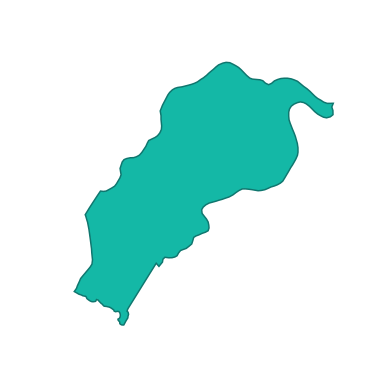 the district of Anamã, Amazonas, Brazil, rotated 122°
{"feature_id": "56859067B85259643543975", "entity_name": "Anamã", "entity_type": "district", "adm_level": 2, "iso_a3": "BRA", "parent_name": "Brazil", "parent_adm1": "Amazonas", "projection": "albers", "projection_center": [-61.675, -3.474], "detail": "fine", "context": "isolated", "style": "filled", "palette": "teal", "viewbox_px": 384, "rotation_deg": 122, "n_neighbors": 0, "source": "geoboundaries", "source_scale": "gbopen_adm2", "svg_char_len": 3253}
<svg xmlns="http://www.w3.org/2000/svg" viewBox="0 0 384 384"><g transform="rotate(122 192 192)"><path d="M333.9,202.4L333.5,201.3L333.3,200.0L333.3,198.5L333.4,197.2L333.5,195.9L334.3,194.8L334.0,193.3L332.8,192.1L332.1,190.6L332.7,189.2L333.7,188.1L334.6,187.4L335.7,186.9L336.9,186.6L338.0,186.8L339.1,187.4L339.9,186.6L340.5,184.5L341.9,183.4L342.1,182.4L341.9,180.9L340.9,179.4L339.0,179.5L337.8,179.6L336.1,179.7L335.0,179.7L333.8,179.7L332.8,179.7L331.4,180.4L329.3,181.0L327.8,182.5L327.5,183.9L326.1,184.3L324.8,184.5L284.7,184.6L271.4,184.6L272.6,180.6L267.1,179.9L264.5,181.0L261.7,180.4L260.2,177.0L258.3,174.1L256.2,172.1L254.0,170.9L250.7,171.1L247.7,170.7L245.4,169.0L242.9,167.0L239.4,165.7L236.2,164.7L233.0,165.5L229.6,166.5L227.1,165.3L224.8,163.5L221.7,161.5L219.0,159.3L216.3,157.8L213.5,158.5L211.2,160.2L208.9,162.4L207.3,165.3L206.2,168.4L204.8,172.1L201.9,174.4L198.9,174.5L195.6,173.5L192.3,171.6L187.1,166.8L184.8,164.9L182.2,162.5L179.9,160.7L176.5,157.9L172.6,155.7L169.1,154.4L165.8,152.9L162.8,151.0L161.2,148.6L159.6,145.4L158.2,142.3L155.9,136.6L154.0,134.1L151.4,131.4L148.7,129.5L145.9,127.7L143.3,125.4L140.6,123.4L137.7,121.8L134.8,120.8L131.4,120.8L127.7,120.9L123.4,121.0L119.1,121.2L115.8,121.1L112.8,121.2L109.0,121.4L105.0,122.0L102.1,123.2L98.3,125.6L96.8,126.9L95.1,128.3L92.1,131.6L90.1,133.8L87.8,136.8L85.7,139.8L83.6,142.6L81.5,145.4L79.3,148.0L76.4,150.2L73.0,152.3L69.9,153.3L66.6,153.3L63.3,152.0L60.5,150.1L58.2,147.9L57.0,144.8L56.7,141.8L57.1,137.8L57.9,134.3L58.8,130.6L59.3,126.7L59.2,123.6L58.9,120.2L57.8,117.2L54.9,114.5L51.7,113.4L48.2,115.7L45.8,118.5L41.9,119.2L45.2,124.3L46.0,128.0L45.9,131.3L46.1,134.9L45.7,138.3L44.8,142.4L44.1,145.4L43.5,149.3L43.3,153.0L42.2,161.2L42.8,164.9L43.5,167.9L44.9,171.3L46.8,174.3L48.7,176.8L51.2,179.0L54.1,181.0L57.7,182.1L60.4,183.9L60.8,187.4L60.1,190.9L60.8,193.8L64.2,200.5L64.8,203.4L64.2,207.4L62.3,215.0L61.7,218.4L61.7,221.7L61.9,224.8L62.3,228.5L64.0,231.8L66.4,234.2L70.1,236.8L73.1,237.9L76.8,238.9L79.7,239.9L82.6,240.8L85.5,241.5L87.6,242.3L88.9,242.7L91.9,244.2L95.7,245.7L98.5,247.5L101.0,249.5L103.2,251.5L108.1,256.2L110.9,259.5L113.1,261.4L115.8,262.8L119.3,263.7L122.3,263.9L134.1,263.0L140.1,261.9L143.7,258.7L146.9,256.7L152.1,252.7L155.2,251.1L158.8,250.6L160.8,250.8L162.7,251.1L165.3,252.2L168.1,254.0L171.3,256.0L174.2,255.8L177.7,255.3L184.9,255.5L188.5,256.1L189.5,256.6L191.7,257.9L193.9,259.8L195.6,262.4L198.2,265.1L199.7,266.2L200.6,266.8L203.5,267.1L206.4,266.4L210.1,265.5L212.8,263.2L214.9,261.3L218.2,260.6L225.1,260.4L228.1,260.7L231.4,262.3L236.7,265.3L238.5,267.5L239.7,270.1L245.0,270.3L253.9,270.5L260.0,270.6L267.9,270.5L268.5,269.6L272.0,265.7L272.8,264.7L278.4,259.5L285.6,253.5L291.6,248.6L293.4,247.1L296.5,244.9L302.3,240.4L306.2,238.6L307.9,238.6L309.8,238.6L321.3,240.2L324.4,240.6L327.4,240.1L332.2,239.5L334.9,238.9L337.1,239.0L338.8,239.1L338.7,237.0L338.6,233.7L338.2,232.3L337.9,230.9L337.9,229.8L337.4,228.3L336.8,226.9L337.2,225.9L338.1,224.6L338.3,222.8L338.4,221.4L338.3,219.8L338.0,218.6L337.1,217.2L335.8,215.8L333.8,216.0L333.4,214.4L333.9,212.8L334.2,211.6L334.6,210.0L334.7,208.6L335.2,207.2L335.4,206.0L334.3,203.7L333.9,202.4Z" fill="#14b8a6" stroke="#0f766e" stroke-width="1.5"/></g></svg>